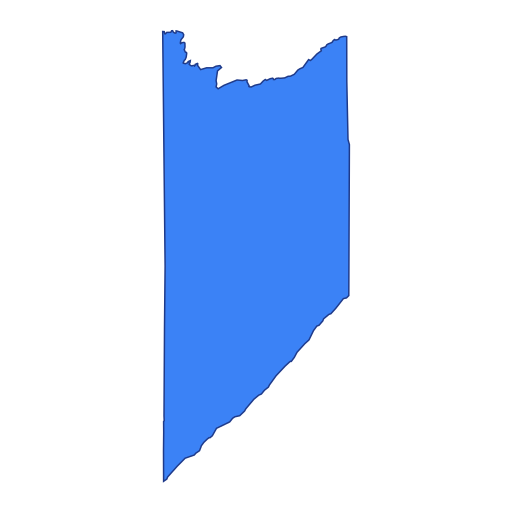 the district of Lake, Minnesota, United States of America
{"feature_id": "52423323B21927262007954", "entity_name": "Lake", "entity_type": "district", "adm_level": 2, "iso_a3": "USA", "parent_name": "United States of America", "parent_adm1": "Minnesota", "projection": "mercator", "projection_center": [-91.467, 47.572], "detail": "fine", "context": "isolated", "style": "filled", "palette": "blue", "viewbox_px": 512, "rotation_deg": 0, "n_neighbors": 0, "source": "geoboundaries", "source_scale": "gbopen_adm2", "svg_char_len": 2269}
<svg xmlns="http://www.w3.org/2000/svg" viewBox="0 0 512 512"><path d="M163.6,481.3L166.8,479.1L167.6,477.0L177.3,466.1L185.1,458.2L194.3,455.0L195.8,453.2L199.5,450.7L200.9,447.1L201.3,445.8L203.8,442.4L207.1,439.2L209.0,437.7L210.0,437.7L212.3,435.8L216.5,428.3L229.7,421.9L232.6,418.3L234.8,416.8L239.7,415.7L244.6,411.0L245.8,408.8L253.8,399.3L258.7,395.2L261.4,394.0L264.5,390.2L268.4,387.1L269.4,385.0L276.1,375.7L285.1,366.1L289.3,362.2L290.5,361.3L291.3,361.4L294.3,357.4L297.0,352.3L304.8,343.7L309.0,339.9L313.5,330.6L316.8,326.1L319.1,325.2L322.8,320.9L323.6,318.8L328.9,314.4L330.9,313.7L335.7,308.4L343.4,298.6L346.5,297.9L348.8,295.6L349.4,144.6L348.0,139.5L346.8,81.4L346.7,36.7L346.0,36.5L345.8,36.3L343.9,36.4L340.8,37.0L339.3,37.9L338.6,39.3L336.2,40.0L335.1,40.0L334.9,39.6L334.5,39.5L333.1,40.7L332.2,42.2L330.9,42.9L328.2,43.9L326.8,44.8L326.0,46.2L325.5,46.8L321.1,48.4L320.9,48.8L320.9,49.4L321.1,50.0L321.3,50.8L316.9,54.0L312.0,59.2L310.4,60.5L308.6,59.6L302.9,67.5L300.0,68.7L297.9,70.0L294.3,74.3L290.4,76.2L288.1,76.3L284.7,77.9L281.7,78.2L279.5,78.3L278.8,78.1L276.3,78.4L275.6,78.8L275.4,79.1L275.1,79.4L274.5,79.6L273.5,79.5L273.5,79.0L272.7,78.2L270.2,78.7L266.7,80.4L265.3,79.5L263.2,81.0L260.4,84.0L255.0,85.2L251.2,87.0L249.3,86.8L248.9,86.5L249.1,85.8L247.0,81.8L247.1,80.3L246.2,79.8L242.5,80.5L237.0,80.0L224.0,85.3L218.1,88.8L216.1,86.9L216.7,83.9L216.1,80.7L217.5,70.9L221.5,67.5L220.0,65.6L216.0,66.2L212.9,67.8L206.6,67.8L200.6,69.6L197.4,65.1L197.8,64.0L197.7,63.6L197.4,63.4L195.2,64.4L195.1,65.3L194.6,66.0L194.0,65.5L193.1,65.5L191.8,65.9L190.8,65.6L189.2,64.3L190.1,62.2L190.3,60.6L188.1,61.6L188.3,62.2L187.9,62.6L185.4,63.7L183.3,63.2L183.2,62.9L183.3,62.5L184.3,60.3L185.2,59.6L186.2,57.1L186.7,53.5L186.6,52.8L186.4,52.4L185.8,52.4L185.4,52.2L184.2,49.6L184.5,49.2L185.0,47.0L184.9,43.1L184.0,42.4L182.0,42.7L180.6,43.6L180.3,43.1L180.8,40.3L181.1,39.6L183.2,37.0L183.4,36.5L183.7,34.7L182.6,32.8L176.9,31.0L176.1,30.9L176.1,32.8L175.4,33.1L174.4,32.9L173.3,32.1L172.6,30.7L171.6,30.8L171.0,32.0L170.7,32.3L166.7,32.4L165.5,33.8L164.8,33.8L164.2,31.6L162.7,31.5L165.1,266.4L164.5,327.5L164.0,416.0L164.2,420.7L163.6,421.5L163.7,432.2L163.5,451.1L163.6,481.3Z" fill="#3b82f6" stroke="#1e3a8a" stroke-width="1.5"/></svg>